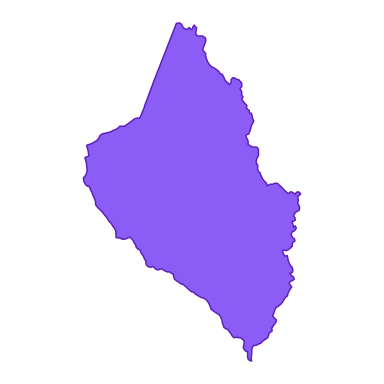 outline of Itapicuru, Bahia, Brazil
{"feature_id": "56859067B13705313593440", "entity_name": "Itapicuru", "entity_type": "district", "adm_level": 2, "iso_a3": "BRA", "parent_name": "Brazil", "parent_adm1": "Bahia", "projection": "equal_earth", "projection_center": [-38.168, -11.192], "detail": "fine", "context": "isolated", "style": "filled", "palette": "violet", "viewbox_px": 384, "rotation_deg": 0, "n_neighbors": 0, "source": "geoboundaries", "source_scale": "gbopen_adm2", "svg_char_len": 4955}
<svg xmlns="http://www.w3.org/2000/svg" viewBox="0 0 384 384"><path d="M189.3,27.6L187.6,28.8L186.2,29.4L184.9,28.7L183.6,28.1L182.4,26.2L181.4,24.1L179.7,23.0L178.4,23.0L176.4,23.4L153.7,81.5L146.3,101.4L145.6,103.0L145.0,104.7L144.4,106.7L143.5,109.3L142.5,111.5L141.4,114.4L140.3,117.0L139.1,118.2L137.2,118.0L135.4,118.6L133.9,119.3L132.3,120.6L130.5,122.0L128.9,123.0L127.2,124.4L124.5,126.1L122.2,126.3L119.7,126.3L117.9,128.1L116.2,129.3L114.6,130.0L112.9,130.4L111.2,131.6L108.9,132.3L106.8,132.8L104.6,133.4L103.0,133.5L101.4,134.4L100.0,135.5L98.9,137.9L97.3,140.1L95.2,141.5L93.5,142.5L92.2,143.2L90.8,143.9L88.9,144.5L86.7,145.3L87.2,147.9L88.0,150.1L88.5,153.2L88.7,155.9L87.3,156.8L85.1,157.4L85.3,159.3L85.9,161.2L86.5,163.4L86.6,165.5L86.9,168.5L87.1,171.3L86.2,174.1L85.1,176.1L83.4,177.8L83.9,181.5L85.4,184.4L87.3,186.2L89.0,186.2L90.0,188.5L90.9,190.4L92.1,192.8L93.0,195.3L94.0,197.4L94.8,199.5L95.6,202.1L95.5,204.4L96.5,205.9L97.5,207.3L99.0,208.8L101.4,211.0L103.2,213.2L105.1,215.6L106.8,217.7L108.1,219.7L109.2,221.6L110.9,223.0L112.8,226.1L114.8,228.9L115.6,230.4L115.9,232.6L116.0,235.2L116.1,237.6L118.3,237.9L119.9,238.0L121.8,239.0L123.1,239.4L125.2,239.0L126.8,238.4L128.1,237.9L129.9,237.2L131.9,239.1L133.4,241.0L134.5,243.3L135.7,245.1L136.2,247.2L138.0,249.1L140.0,250.0L140.8,252.4L141.8,254.0L143.2,255.8L144.5,259.0L145.9,261.2L146.0,263.4L146.5,265.1L147.7,266.3L149.1,267.0L150.8,267.3L152.7,266.3L154.7,268.2L156.8,269.8L159.1,269.7L160.6,268.8L162.4,269.2L164.3,270.6L165.7,271.2L167.6,272.0L169.7,271.9L171.2,273.1L173.3,274.4L173.9,277.3L174.5,279.1L176.4,280.8L178.4,281.9L180.0,283.2L181.6,284.1L182.9,284.2L184.2,285.4L185.8,286.7L188.0,288.8L190.0,290.5L191.2,291.6L193.5,292.1L195.2,294.0L197.4,295.3L199.2,296.4L200.7,297.3L202.8,297.9L204.1,298.5L205.5,299.1L207.2,300.9L209.0,303.7L210.2,306.5L211.0,309.0L212.8,310.6L214.6,311.9L216.9,313.3L219.1,314.7L220.7,317.1L221.6,319.3L222.2,321.1L222.3,323.0L223.2,325.2L224.1,327.6L226.2,328.9L227.8,329.6L229.4,331.7L231.1,333.9L232.5,336.4L234.2,337.8L236.0,337.2L238.5,337.7L240.5,337.7L242.7,339.3L244.0,340.8L244.2,342.7L243.9,344.9L243.3,346.6L243.5,348.3L244.6,350.2L246.1,351.4L247.5,351.4L247.6,354.4L247.6,357.1L248.2,359.2L249.6,360.5L251.5,361.0L251.2,357.5L251.7,353.9L251.8,351.6L251.7,349.6L252.6,346.7L254.4,345.4L256.6,345.2L258.7,344.0L260.9,343.1L262.2,341.7L263.3,340.8L264.5,339.9L266.0,338.9L267.8,337.5L268.4,335.4L269.3,333.1L272.2,330.8L271.7,328.4L272.7,326.7L273.8,325.1L274.7,323.8L276.0,322.0L276.4,320.0L274.1,317.7L272.7,315.9L274.1,312.2L275.0,309.7L275.7,308.0L277.1,307.0L279.0,305.7L280.7,304.3L282.3,302.5L283.2,300.9L284.4,298.9L285.7,297.2L287.4,295.9L288.1,292.9L289.2,290.9L290.2,289.1L291.7,287.0L290.5,285.2L289.2,283.7L289.8,281.9L291.0,281.1L292.7,280.5L294.2,279.1L293.6,277.3L292.2,276.0L291.1,275.1L290.0,273.4L292.3,272.4L292.9,270.0L292.1,267.1L290.8,266.0L289.9,264.4L288.7,262.2L288.2,260.1L287.8,258.1L287.2,255.7L284.8,256.0L283.4,253.7L282.5,251.1L283.7,249.9L285.8,250.7L287.7,250.1L289.1,249.1L290.8,247.7L292.4,246.1L292.1,243.7L293.2,242.1L294.9,241.1L294.4,238.7L293.1,238.1L292.1,236.6L291.1,234.8L292.0,232.0L293.7,231.3L295.3,229.9L296.3,227.9L295.2,226.0L293.7,227.1L292.9,224.2L292.1,221.5L293.8,221.1L295.3,220.1L295.0,217.9L293.6,215.8L294.5,213.8L295.9,212.1L297.5,211.2L299.1,210.3L299.6,208.0L299.2,205.9L297.6,203.3L298.4,200.2L297.9,197.8L297.6,196.1L299.2,195.6L300.6,193.8L299.2,192.2L297.7,191.8L296.3,192.5L295.3,194.3L293.5,193.0L292.1,192.1L290.4,191.8L289.3,193.3L287.5,193.1L286.0,191.6L284.3,190.2L282.9,188.5L280.9,186.5L279.0,185.0L278.0,183.7L276.5,183.3L274.9,183.3L273.5,183.9L272.0,184.4L270.5,184.1L268.9,184.9L267.1,185.5L266.4,183.1L264.7,181.5L262.9,179.4L261.7,177.1L260.7,174.9L260.1,172.8L258.9,171.9L257.8,170.0L257.6,168.1L257.9,165.8L256.7,163.7L256.1,161.5L256.8,158.4L258.2,156.1L258.6,153.8L258.4,151.7L258.5,149.8L257.3,147.4L255.5,147.0L253.7,147.3L251.9,146.5L250.0,145.8L248.1,144.3L248.2,141.5L247.4,139.3L246.2,137.4L246.1,135.0L248.5,134.1L249.6,131.9L250.3,130.1L250.8,127.9L251.6,125.1L252.9,123.1L253.7,120.8L252.5,118.2L252.1,115.7L251.4,113.4L249.5,112.8L249.2,110.4L247.7,109.4L246.5,108.0L246.8,105.4L244.9,103.5L243.3,101.4L241.7,99.6L243.0,96.9L241.5,94.9L241.9,92.6L241.2,90.6L240.1,89.3L240.7,87.6L241.8,86.5L241.7,84.5L241.6,82.7L240.2,81.4L239.0,80.0L237.5,79.4L235.8,78.9L234.6,77.9L232.8,77.8L231.2,79.5L231.1,82.0L230.5,83.7L229.0,84.4L228.1,82.9L226.8,82.2L225.3,80.5L224.4,78.8L223.6,76.6L222.1,74.2L220.2,74.0L219.3,72.1L217.7,70.5L215.5,68.8L213.0,67.4L210.9,66.2L209.3,64.4L207.5,61.6L206.5,58.8L205.7,56.2L205.6,53.6L204.5,51.9L203.0,50.5L203.0,48.7L203.5,47.0L204.3,45.3L204.9,43.6L205.6,41.8L205.8,40.0L205.4,37.9L203.9,36.9L202.3,36.0L200.6,35.9L198.5,36.2L196.6,35.0L195.6,33.1L196.3,30.1L196.6,27.7L195.4,26.8L194.3,25.2L193.0,26.6L192.4,28.8L190.9,29.5L189.3,27.6Z" fill="#8b5cf6" stroke="#5b21b6" stroke-width="1.5"/></svg>